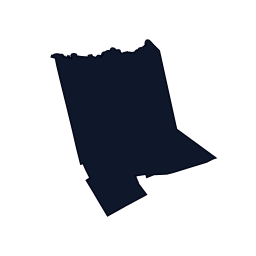 the district of Vicente López, Buenos Aires, Argentina, rotated 285°
{"feature_id": "61730980B14767108287685", "entity_name": "Vicente López", "entity_type": "district", "adm_level": 2, "iso_a3": "ARG", "parent_name": "Argentina", "parent_adm1": "Buenos Aires", "projection": "robinson", "projection_center": [-58.476, -34.529], "detail": "fine", "context": "isolated", "style": "filled", "palette": "ink", "viewbox_px": 256, "rotation_deg": 285, "n_neighbors": 0, "source": "geoboundaries", "source_scale": "gbopen_adm2", "svg_char_len": 4843}
<svg xmlns="http://www.w3.org/2000/svg" viewBox="0 0 256 256"><g transform="rotate(285 128 128)"><path d="M178.4,35.6L176.8,35.5L176.8,38.6L177.0,39.7L170.5,42.9L157.7,49.8L129.0,65.6L110.6,75.6L95.7,83.5L80.9,91.7L82.2,93.9L79.3,96.1L76.6,98.3L69.8,104.3L66.7,101.3L58.0,110.4L51.2,117.3L37.9,131.0L52.2,145.7L68.5,163.0L76.3,153.0L76.7,152.7L83.7,147.4L88.1,157.3L85.2,158.9L89.8,165.1L93.7,177.4L97.1,183.5L104.2,194.7L115.6,212.9L120.0,217.7L121.8,220.5L139.3,175.2L210.5,138.3L210.7,138.2L214.8,131.1L217.2,127.3L218.1,125.5L217.9,123.8L217.8,123.7L217.5,123.2L217.2,123.0L216.6,122.8L216.2,122.7L215.8,122.7L215.5,122.6L214.8,122.7L214.4,122.8L214.1,122.8L213.9,122.8L213.4,123.1L213.2,123.2L213.1,123.5L213.0,123.9L213.1,124.2L213.2,124.4L213.2,124.5L212.9,124.6L212.6,124.4L212.6,123.9L212.4,123.3L212.2,123.0L212.0,122.8L211.1,122.3L210.8,122.1L210.7,122.0L210.5,121.9L210.0,121.5L209.7,121.1L209.4,120.7L209.2,120.5L209.0,120.3L208.8,120.0L208.6,119.3L208.2,118.5L208.1,118.4L207.9,118.2L207.4,117.9L207.2,117.9L206.9,117.8L206.6,117.8L206.4,117.7L206.2,117.5L206.2,117.3L206.0,117.2L205.9,117.0L205.7,116.6L205.6,116.4L205.3,116.2L205.0,115.8L204.7,115.6L204.4,115.4L204.2,115.3L203.6,115.1L203.4,115.1L203.2,115.1L203.0,114.8L202.6,114.4L202.4,114.1L202.4,113.7L202.2,113.3L202.0,113.0L201.9,112.6L201.7,112.0L201.6,111.7L201.4,111.5L201.2,111.2L201.4,110.9L201.5,110.7L201.6,110.4L201.3,110.2L201.2,110.2L201.2,109.9L201.3,109.7L201.2,109.6L200.9,109.3L201.0,109.0L201.1,108.7L201.4,108.1L201.3,107.9L201.3,107.5L201.0,107.1L200.8,106.8L200.7,106.6L200.1,105.5L199.6,104.7L199.2,104.4L199.3,104.1L199.2,104.1L198.8,104.0L198.7,103.9L198.6,103.7L198.5,103.2L198.5,102.4L198.8,101.2L198.9,100.9L199.0,100.8L199.4,100.8L200.0,100.6L200.5,100.2L200.8,99.9L201.0,99.2L201.0,98.8L201.0,98.5L200.9,98.2L200.7,98.0L200.3,97.2L200.2,96.9L200.1,96.5L200.1,96.1L200.2,95.9L200.4,95.8L200.6,95.6L200.8,95.4L200.8,95.0L201.0,94.5L201.1,94.3L201.3,94.0L201.3,93.7L201.3,93.4L201.3,93.1L201.3,92.6L201.2,92.3L201.0,91.9L200.8,91.6L200.7,91.4L200.4,91.3L200.1,91.1L199.8,91.0L199.2,91.0L198.8,90.9L198.6,90.9L198.3,90.7L198.1,90.6L197.9,90.5L197.7,90.4L197.6,90.1L197.6,89.7L197.4,89.2L197.4,88.8L197.4,88.4L197.3,88.1L197.2,88.0L197.0,87.8L196.5,87.4L196.2,87.0L196.0,86.8L195.6,86.6L195.5,86.4L195.3,85.9L195.2,85.7L194.6,84.4L194.4,84.3L194.1,84.2L193.9,84.2L193.5,83.8L193.0,83.8L192.7,83.9L192.6,84.3L192.3,84.7L192.1,84.9L192.1,84.7L192.2,84.3L192.0,83.9L191.9,83.7L191.6,83.6L191.2,83.6L190.1,83.7L189.5,83.8L189.2,83.8L189.0,83.5L189.2,83.3L189.3,83.2L190.2,82.9L190.6,82.7L190.6,82.4L190.6,82.2L190.6,81.9L190.5,81.2L190.3,80.4L190.3,80.2L190.1,80.1L189.9,79.9L189.3,79.5L189.0,79.4L188.7,79.2L188.1,78.7L187.7,78.6L187.3,78.2L187.4,77.9L187.5,77.8L187.6,77.6L187.5,77.0L187.6,76.8L187.7,76.6L187.8,76.5L187.8,76.2L187.8,75.8L188.2,74.9L188.4,74.5L188.9,74.2L189.2,73.9L189.1,73.5L188.8,73.1L188.3,72.0L188.0,71.3L187.8,71.1L187.6,71.0L187.4,71.0L187.0,71.0L186.7,71.0L186.3,70.9L185.9,70.7L185.6,70.5L185.4,69.8L185.4,69.7L185.7,69.5L185.7,69.4L185.4,69.2L185.2,69.1L185.1,68.9L185.4,68.7L185.5,68.6L185.6,68.3L185.4,68.0L185.3,67.3L185.2,66.9L185.1,66.2L185.0,65.7L184.9,65.4L184.9,65.2L184.7,64.9L184.7,64.6L184.7,63.9L184.6,63.2L184.5,62.8L184.5,62.3L184.5,61.9L184.5,61.6L184.4,61.3L184.1,60.7L183.8,60.8L183.8,60.6L184.0,60.1L184.3,59.8L184.5,59.7L185.0,59.5L185.2,59.4L185.4,59.2L185.7,58.8L185.8,58.6L185.7,58.1L185.8,57.6L185.8,57.0L185.7,56.5L185.4,55.7L185.3,55.4L185.1,55.2L184.8,54.7L184.1,54.5L183.9,54.4L183.6,54.5L183.3,54.8L183.1,54.9L182.6,55.0L182.4,55.0L182.1,55.2L181.8,55.1L181.7,55.3L181.4,55.5L181.2,55.4L180.9,55.4L180.8,55.5L180.5,55.6L180.4,55.5L180.5,55.3L180.8,55.2L180.9,54.7L181.0,54.5L181.1,54.4L181.3,54.1L181.3,53.9L181.0,54.0L181.0,53.9L180.9,53.6L180.7,53.4L180.8,53.4L181.0,53.2L181.3,53.1L181.5,53.0L181.9,52.9L182.0,52.9L181.9,52.8L181.7,52.7L181.4,52.6L181.5,52.4L181.5,52.2L181.4,52.2L181.2,52.1L181.3,52.0L181.7,51.9L181.9,51.7L182.1,51.7L182.2,51.4L181.9,51.4L181.5,50.9L181.4,50.8L181.2,50.8L180.8,50.9L180.7,50.8L180.4,50.8L180.2,50.7L179.7,50.5L179.7,50.4L179.9,50.3L179.9,50.1L180.1,50.0L180.1,49.9L180.1,49.6L180.0,49.3L180.0,49.1L179.9,49.0L179.9,48.9L180.3,48.9L180.6,48.6L180.4,48.5L180.4,48.3L180.6,48.2L180.3,47.9L180.2,47.9L180.0,47.7L180.2,47.4L180.4,47.3L180.5,47.2L180.7,46.8L181.0,46.7L181.3,46.6L181.7,46.2L181.8,46.0L181.9,45.8L181.9,45.5L181.9,44.9L181.8,44.6L181.6,44.3L181.6,44.0L181.4,43.7L181.3,43.4L181.3,43.2L181.3,42.6L181.3,42.1L181.4,41.8L181.3,41.4L181.2,40.6L181.1,40.3L181.0,39.9L180.8,39.3L180.5,38.8L180.4,38.5L180.3,38.4L180.2,38.3L180.1,38.1L180.0,37.8L179.8,37.5L179.7,37.4L179.4,37.4L179.0,37.3L178.9,37.2L179.0,37.0L178.9,36.9L178.6,36.8L178.5,36.7L178.5,36.2L178.5,35.8L178.4,35.7L178.4,35.6Z" fill="#0f172a" stroke="#020617" stroke-width="1.5"/></g></svg>